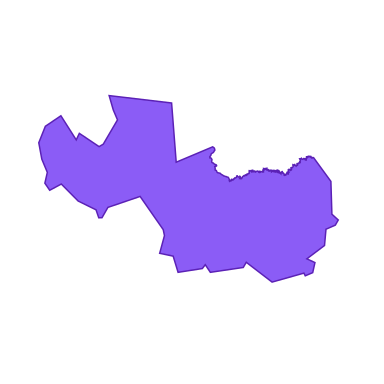 Akobo, Jonglei, South Sudan, rotated 337°
{"feature_id": "79223893B55602707979350", "entity_name": "Akobo", "entity_type": "district", "adm_level": 2, "iso_a3": "SSD", "parent_name": "South Sudan", "parent_adm1": "Jonglei", "projection": "orthographic", "projection_center": [33.191, 7.816], "detail": "fine", "context": "isolated", "style": "filled", "palette": "violet", "viewbox_px": 384, "rotation_deg": 337, "n_neighbors": 0, "source": "geoboundaries", "source_scale": "gbopen_adm2", "svg_char_len": 6056}
<svg xmlns="http://www.w3.org/2000/svg" viewBox="0 0 384 384"><g transform="rotate(337 192 192)"><path d="M263.5,313.4L271.6,313.4L277.6,305.0L271.6,298.4L293.1,293.0L300.8,278.6L311.0,278.5L315.7,274.9L312.1,267.1L324.0,236.5L317.2,207.3L317.2,207.7L316.5,207.6L315.9,207.7L315.5,207.5L315.4,207.1L315.7,206.7L315.4,206.4L314.9,206.5L314.8,206.2L315.1,205.7L314.8,205.6L314.7,205.3L314.4,205.1L314.2,205.1L313.8,205.4L313.4,205.3L313.0,205.0L312.9,204.5L312.6,204.6L312.3,205.1L311.8,205.0L311.7,204.5L311.2,204.3L311.0,204.8L311.3,205.4L311.0,205.7L310.4,205.9L310.1,205.7L309.7,205.6L309.9,206.8L309.7,207.2L309.1,207.0L308.7,206.5L308.6,206.0L308.6,205.6L308.2,205.0L307.7,204.8L307.4,205.0L306.8,205.3L306.5,205.1L306.2,204.7L305.9,204.1L305.8,203.7L305.4,204.0L304.1,203.5L304.1,204.1L304.6,204.5L304.5,204.8L304.0,205.1L303.7,206.0L303.1,206.1L303.2,206.8L303.1,207.2L302.4,207.3L302.2,206.9L300.7,207.2L299.8,206.9L299.6,207.2L299.8,207.7L299.9,208.3L299.4,208.6L298.9,208.6L298.6,208.3L298.2,208.3L297.9,208.7L297.7,208.3L297.4,208.0L297.3,206.8L296.9,206.8L296.3,207.0L296.2,207.4L295.9,207.4L295.9,206.8L295.6,206.3L295.3,206.6L295.4,207.2L295.4,207.6L294.7,208.3L294.1,208.7L293.0,208.3L292.5,208.4L292.5,209.1L292.1,209.4L292.1,209.6L292.5,209.9L292.3,210.1L292.1,210.5L291.5,210.6L291.1,210.6L291.1,210.4L291.1,210.0L291.1,209.7L290.2,209.6L290.1,209.0L289.6,209.1L289.5,208.9L289.6,208.7L289.2,209.3L289.1,209.8L289.0,210.1L288.8,210.4L288.7,211.0L288.4,211.0L288.7,211.3L289.0,211.3L289.0,211.6L288.3,211.5L288.0,211.4L287.6,211.1L287.4,211.1L287.3,211.4L287.5,211.7L288.0,212.0L288.1,212.3L287.8,212.7L287.6,213.1L287.3,213.0L287.2,212.6L287.4,212.2L287.0,212.0L286.8,211.7L286.6,211.6L286.2,212.2L285.7,212.3L285.5,212.1L285.5,211.9L285.4,212.1L285.5,212.4L285.3,212.6L285.1,212.6L285.0,212.4L284.7,212.2L284.3,212.2L284.2,212.5L284.4,213.0L283.8,212.9L283.5,212.8L283.4,212.7L283.5,212.3L283.8,212.0L283.8,211.7L283.8,211.3L283.5,210.9L283.6,210.7L283.6,210.4L283.4,210.1L282.9,210.0L282.8,209.7L283.0,209.3L283.1,208.5L282.7,208.4L282.5,208.7L282.4,209.0L282.5,209.5L281.4,209.5L281.1,208.8L280.8,209.0L280.7,209.6L280.4,209.0L280.6,208.6L280.6,208.3L280.6,208.0L280.4,207.7L280.2,207.8L279.9,208.0L279.9,207.8L280.1,207.4L280.4,207.1L280.4,206.8L280.2,206.5L280.3,206.3L280.2,206.1L279.0,206.6L279.0,207.1L279.3,207.4L279.5,207.5L279.4,207.8L279.0,207.9L278.8,207.8L278.1,206.8L278.2,206.6L278.5,206.3L278.8,205.9L279.2,205.7L279.3,205.5L279.2,205.2L278.4,205.1L277.9,205.4L277.6,205.7L277.1,205.9L277.0,206.4L276.8,206.4L276.6,206.1L276.5,205.8L276.4,205.8L276.1,205.8L276.0,205.5L276.1,205.3L276.8,205.2L277.0,204.9L276.6,204.5L276.1,204.3L276.1,204.5L275.8,205.0L275.3,205.3L275.0,205.1L274.9,204.7L275.2,204.2L275.2,203.8L275.1,203.7L274.6,203.7L273.9,204.4L273.4,204.5L273.7,204.1L273.5,203.5L273.5,203.0L273.2,203.0L273.0,203.4L272.6,203.3L272.8,203.1L272.8,202.7L272.6,202.5L272.2,202.8L271.8,202.6L271.6,202.2L271.4,202.0L271.3,202.9L270.9,202.7L270.5,202.0L270.6,201.7L271.0,201.6L271.0,201.3L270.8,201.0L270.0,200.5L269.9,200.3L269.5,200.7L269.4,200.4L269.6,200.0L270.1,199.6L270.2,199.4L269.4,199.2L268.9,199.1L268.7,199.4L268.8,199.8L268.6,199.9L268.3,199.7L267.9,198.8L267.3,198.8L267.0,198.4L266.8,198.8L267.0,199.2L266.9,199.8L265.9,199.5L265.8,199.8L265.9,200.4L265.4,200.3L265.2,200.4L265.3,200.7L265.4,201.4L264.9,201.3L264.6,201.0L264.1,200.5L263.7,200.4L263.5,200.1L262.9,200.1L262.7,200.5L262.3,200.6L262.1,200.5L262.1,200.2L262.3,199.8L262.7,199.7L262.6,199.4L262.1,199.3L261.7,199.6L261.7,200.0L261.4,200.2L261.2,200.0L261.2,199.4L261.1,198.9L260.5,198.3L259.8,198.3L259.0,198.1L258.5,198.4L258.0,198.4L257.8,198.1L257.9,197.2L257.5,197.0L257.0,196.8L256.8,197.3L256.4,197.4L255.9,197.0L255.8,196.5L255.9,196.1L256.3,195.7L256.0,195.5L255.6,195.6L255.3,196.1L255.2,196.9L254.9,197.0L254.5,196.3L254.5,196.0L255.0,195.7L255.0,195.4L254.6,195.3L254.1,195.4L253.4,195.1L253.0,194.7L252.8,194.9L252.7,195.6L252.3,196.2L252.1,197.0L251.6,197.3L251.1,197.2L250.9,197.0L250.6,197.0L250.1,197.2L249.9,197.5L249.3,197.0L248.8,197.2L248.8,197.8L248.5,197.9L248.2,197.2L247.8,197.1L246.9,197.8L246.6,197.7L246.7,197.4L246.4,197.2L245.8,197.3L245.3,197.5L244.4,197.7L244.1,198.0L243.9,198.4L243.5,198.3L243.0,198.5L242.8,199.0L242.2,198.9L241.2,198.3L242.1,197.8L242.2,197.3L242.4,196.6L242.2,196.2L241.9,196.4L241.4,196.6L240.8,196.5L240.2,195.7L240.1,195.3L240.1,194.9L239.8,194.7L239.3,194.8L238.8,195.7L238.5,195.9L238.1,196.0L237.6,196.1L237.0,195.7L236.6,195.8L236.4,196.1L235.7,196.2L235.7,196.5L235.3,196.7L234.7,196.5L234.6,196.9L234.1,196.9L233.8,196.6L233.6,196.3L233.5,195.8L233.2,195.8L232.7,196.5L232.7,196.9L232.5,197.0L232.2,196.8L232.0,196.7L231.5,196.7L231.1,197.0L230.8,197.0L230.7,196.2L230.8,196.0L231.0,196.0L231.3,195.7L231.4,195.4L231.3,194.9L231.2,194.3L231.2,193.1L231.0,192.5L229.8,191.6L229.5,191.1L229.0,190.9L227.9,189.8L227.4,189.5L226.8,188.3L226.1,187.6L225.5,186.5L225.4,185.9L225.0,185.7L224.4,185.1L223.2,184.3L222.9,183.9L222.8,183.5L222.8,181.9L222.6,181.4L222.1,181.1L221.9,180.7L222.2,180.1L222.4,179.5L222.7,179.1L222.8,177.5L223.1,177.3L223.5,177.3L224.1,177.7L224.6,177.6L224.9,177.5L225.0,177.1L225.0,176.7L224.7,176.2L223.5,175.1L222.9,173.6L222.2,173.1L221.9,172.6L221.9,172.1L222.1,171.6L222.6,170.6L223.0,170.2L223.0,169.0L222.8,168.3L222.6,167.9L222.1,167.6L221.8,167.5L222.3,166.3L222.8,166.2L223.4,165.8L223.8,165.5L224.1,165.1L224.3,164.7L224.6,164.4L225.4,164.2L226.9,164.0L227.5,163.7L228.1,163.3L228.4,162.9L228.8,162.8L229.4,162.4L229.6,161.5L229.7,160.6L229.6,160.0L229.0,159.0L228.7,158.5L189.1,158.4L208.0,102.1L153.4,70.9L151.6,85.7L151.6,96.5L129.0,113.3L124.2,113.9L111.2,94.0L105.8,98.8L101.1,70.6L82.7,74.2L70.2,86.8L66.6,103.0L66.5,117.4L60.0,126.4L61.7,134.8L74.8,133.6L83.7,155.9L96.7,170.9L96.1,179.3L99.1,180.5L108.6,173.3L142.5,175.8L150.8,215.4L149.6,221.4L138.3,235.8L149.6,243.7L147.8,260.5L171.6,266.5L175.8,264.1L177.5,273.1L209.7,281.5L214.5,277.9L230.5,306.2L263.3,310.4L263.5,313.4Z" fill="#8b5cf6" stroke="#5b21b6" stroke-width="1.5"/></g></svg>